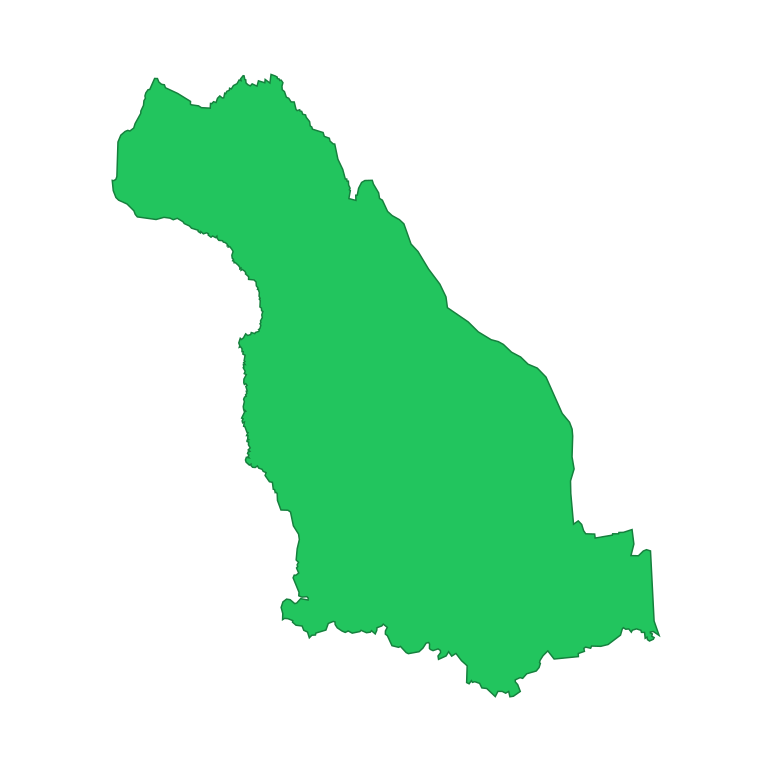 the district of Si Maha Phot, Prachin Buri, Thailand, rotated 176°
{"feature_id": "78962969B29475179093535", "entity_name": "Si Maha Phot", "entity_type": "district", "adm_level": 2, "iso_a3": "THA", "parent_name": "Thailand", "parent_adm1": "Prachin Buri", "projection": "equal_earth", "projection_center": [101.574, 13.876], "detail": "fine", "context": "isolated", "style": "filled", "palette": "green", "viewbox_px": 768, "rotation_deg": 176, "n_neighbors": 0, "source": "geoboundaries", "source_scale": "gbopen_adm2", "svg_char_len": 6141}
<svg xmlns="http://www.w3.org/2000/svg" viewBox="0 0 768 768"><g transform="rotate(176 384 384)"><path d="M476.2,136.0L473.5,138.4L469.9,138.4L469.3,140.3L459.1,142.6L456.3,149.0L451.2,150.7L449.5,150.1L449.5,147.4L447.6,144.0L443.1,140.5L440.0,138.9L436.9,140.1L433.1,137.7L425.4,138.7L424.1,139.9L418.8,137.1L414.9,137.4L413.7,138.8L410.2,135.3L408.4,138.7L408.0,141.4L403.1,142.8L401.5,144.5L397.7,141.0L399.8,137.6L400.1,134.4L398.2,132.7L394.3,122.4L387.8,120.3L385.9,121.1L380.6,114.5L378.5,113.3L367.7,114.5L363.6,117.8L360.0,122.6L357.5,123.0L356.7,121.5L357.1,117.1L356.3,116.0L353.7,114.6L348.5,116.0L346.4,114.3L346.3,112.1L349.1,108.9L348.8,105.5L341.0,108.4L338.2,112.4L335.5,107.8L331.0,110.2L326.0,102.6L320.7,97.1L322.4,80.4L320.0,79.0L317.5,82.0L316.6,80.2L314.2,80.7L309.5,78.7L307.6,74.0L302.8,73.1L294.8,64.4L291.8,69.4L287.5,69.1L284.2,67.1L281.1,68.6L280.2,63.2L276.7,63.5L269.5,67.8L271.6,74.8L273.8,77.7L273.7,79.7L268.8,81.6L266.2,80.7L261.8,85.0L252.1,87.1L249.1,90.3L247.5,94.4L248.3,95.3L247.6,97.4L244.3,101.9L239.2,106.3L233.5,97.8L209.1,98.5L209.0,101.6L202.7,103.3L203.1,106.3L201.3,107.5L196.3,106.0L195.2,108.1L186.1,107.2L178.6,108.5L165.6,117.0L163.4,123.0L162.2,124.2L160.0,122.5L156.9,122.6L154.6,119.2L153.4,121.1L149.2,122.1L144.9,120.4L144.5,118.3L141.4,118.0L141.2,112.1L139.3,113.1L139.0,110.6L137.1,109.1L133.1,110.6L132.2,112.2L134.5,113.7L133.8,116.0L135.7,117.1L135.6,118.1L132.6,118.3L127.1,114.0L131.1,128.7L129.8,198.9L133.7,200.4L137.0,199.3L142.2,194.9L149.6,195.6L145.9,206.9L146.7,221.5L155.5,219.3L160.0,219.5L160.4,218.2L166.4,218.6L166.8,217.3L184.1,215.6L184.3,219.6L193.2,220.5L195.1,223.7L196.6,230.1L199.8,233.9L204.7,230.9L205.3,261.9L204.7,274.3L200.3,286.0L201.5,298.2L199.4,318.9L199.5,325.9L201.6,332.9L208.3,342.2L221.9,379.6L230.0,389.2L238.9,393.7L245.8,401.4L254.5,406.8L262.1,415.1L267.0,418.3L274.0,420.7L286.3,429.4L295.7,440.1L315.4,455.7L316.1,466.6L321.3,479.7L331.5,495.5L340.8,513.7L347.3,521.8L353.0,542.4L357.2,546.9L364.1,551.4L368.4,555.9L372.8,567.5L375.5,569.4L376.0,575.0L380.6,584.2L381.5,588.0L388.9,588.3L392.3,586.6L395.7,581.0L397.5,574.3L399.0,574.3L399.2,569.1L406.1,571.4L404.1,579.4L405.0,580.1L404.2,581.7L405.4,584.9L405.4,588.8L406.7,589.0L406.9,591.1L408.3,591.2L410.2,601.0L414.3,611.4L416.4,626.8L418.0,627.1L420.9,630.1L421.4,633.0L426.3,635.2L427.2,639.1L437.6,643.2L438.1,645.4L439.6,646.6L439.9,650.9L443.0,655.5L443.5,657.9L446.3,658.8L447.1,661.7L448.8,662.2L449.0,663.4L451.6,662.8L452.6,664.0L453.9,671.6L457.0,671.9L459.1,675.7L461.4,676.9L462.9,682.6L465.0,684.7L465.0,688.3L463.8,691.6L465.4,694.3L466.9,694.1L467.1,695.4L469.1,696.2L469.1,697.6L471.1,698.9L475.1,700.7L476.8,692.2L481.3,696.1L481.9,692.8L488.1,695.2L489.9,690.0L494.6,692.6L496.6,690.7L499.0,692.1L500.7,694.1L500.7,697.1L501.6,697.4L502.1,701.2L503.0,701.4L505.7,698.5L505.4,696.6L507.3,697.4L509.7,693.8L513.4,692.2L515.7,689.0L517.4,689.8L517.8,687.8L520.4,686.9L521.7,684.7L522.6,685.2L523.9,680.7L525.3,680.6L527.7,682.8L530.2,680.6L531.9,676.5L534.3,677.5L536.3,675.7L537.5,676.0L538.1,671.3L546.9,672.4L549.6,674.4L556.9,676.0L557.6,676.7L557.3,679.4L569.5,688.2L581.4,694.8L582.2,697.8L585.0,698.5L587.5,700.9L588.7,704.5L591.5,704.8L597.1,694.2L598.9,694.0L601.3,691.0L602.4,688.0L602.1,685.7L603.7,683.4L604.5,678.7L607.5,673.3L607.8,670.9L614.1,661.2L615.8,656.8L619.9,654.1L621.9,654.9L624.6,654.0L629.2,650.6L632.5,644.0L636.0,609.6L637.2,606.9L639.3,605.7L640.9,606.1L640.6,595.8L638.4,588.7L635.9,585.9L627.8,581.5L621.4,574.2L620.3,570.5L618.4,567.9L599.9,564.0L591.9,565.6L585.9,564.4L582.8,562.6L578.6,563.7L573.2,559.9L572.1,558.0L567.0,555.2L565.2,552.9L558.8,550.4L558.7,549.1L556.6,547.5L556.1,548.8L553.7,546.4L550.5,547.2L548.7,546.2L549.0,544.9L546.3,542.5L544.7,543.6L541.8,541.8L540.4,543.1L540.3,541.0L538.7,538.8L535.1,538.2L534.4,536.8L532.4,536.1L530.5,534.2L530.8,532.8L529.8,532.8L529.9,531.5L528.2,531.7L526.2,528.7L525.3,526.6L526.8,523.1L526.6,520.0L525.5,518.9L526.4,517.5L525.1,516.9L525.1,515.4L523.8,515.4L520.9,512.4L519.6,510.2L519.8,509.0L518.6,509.6L518.7,507.4L517.4,508.1L515.0,506.2L514.1,504.3L514.5,503.5L511.6,500.5L511.8,497.8L506.4,496.9L504.5,494.7L504.5,490.8L503.0,488.6L503.6,487.2L502.8,487.0L502.0,483.9L502.5,480.3L501.6,478.1L502.5,477.4L501.6,476.0L502.4,469.5L501.0,468.3L501.0,465.7L499.8,464.8L501.1,461.4L500.8,458.7L502.8,455.6L502.5,454.0L503.5,452.7L502.8,451.2L503.8,448.2L505.1,447.1L504.6,446.9L505.2,445.2L508.6,444.4L509.4,443.3L512.8,444.6L513.6,442.6L516.6,441.9L518.5,443.7L521.0,439.8L523.2,438.4L524.2,439.6L526.0,435.1L525.2,432.2L525.8,430.7L524.5,431.1L523.2,429.2L523.4,426.2L522.2,426.0L522.7,423.7L520.6,422.4L521.9,417.1L521.1,416.2L522.5,415.1L521.2,413.1L522.9,413.3L522.7,410.4L523.3,410.0L521.6,406.4L522.7,404.1L520.7,403.0L523.4,398.7L523.8,394.9L523.3,393.3L521.9,394.0L520.7,392.2L522.0,391.2L520.9,386.6L521.9,386.4L521.5,384.2L522.9,382.8L522.3,381.4L524.0,380.7L525.1,378.6L524.5,376.2L526.0,371.3L525.8,368.3L525.4,366.9L524.7,367.6L523.8,366.5L524.8,366.2L528.4,359.9L527.0,359.1L528.1,357.0L527.7,355.1L525.9,355.8L527.0,351.6L525.7,351.0L524.1,345.4L523.1,345.0L524.7,342.1L523.3,342.0L523.8,338.8L522.8,337.9L524.5,337.5L524.7,336.2L523.1,335.5L523.5,332.8L521.9,329.6L524.1,327.7L522.5,326.2L524.3,325.7L525.0,324.2L523.7,322.6L524.7,321.1L523.8,319.8L526.4,320.5L527.5,317.9L527.0,315.6L524.0,312.5L522.3,313.3L522.4,311.9L520.9,310.1L518.3,309.7L516.0,311.1L514.8,308.8L511.6,307.4L510.6,305.3L507.8,303.8L509.0,301.0L505.1,294.5L502.2,293.7L501.8,286.7L500.5,286.3L500.1,283.2L499.1,283.4L498.2,282.2L498.4,275.3L495.6,265.5L488.7,264.8L486.2,262.8L484.3,248.8L479.7,240.2L479.3,234.7L482.1,225.7L483.9,214.6L481.7,212.1L483.3,209.7L482.8,207.8L484.1,206.6L482.3,201.4L485.1,199.4L486.9,199.6L488.2,197.0L483.3,182.1L483.8,178.7L480.7,177.1L475.8,177.3L474.5,175.7L474.8,173.8L482.1,175.7L486.3,171.6L488.3,171.1L492.7,175.4L496.2,176.2L500.0,173.7L502.2,168.3L501.0,162.1L501.6,156.0L499.6,157.1L496.2,156.6L491.5,154.3L491.9,152.8L488.6,149.5L482.6,148.3L481.2,143.9L477.6,141.9L476.2,136.0Z" fill="#22c55e" stroke="#15803d" stroke-width="1.5"/></g></svg>